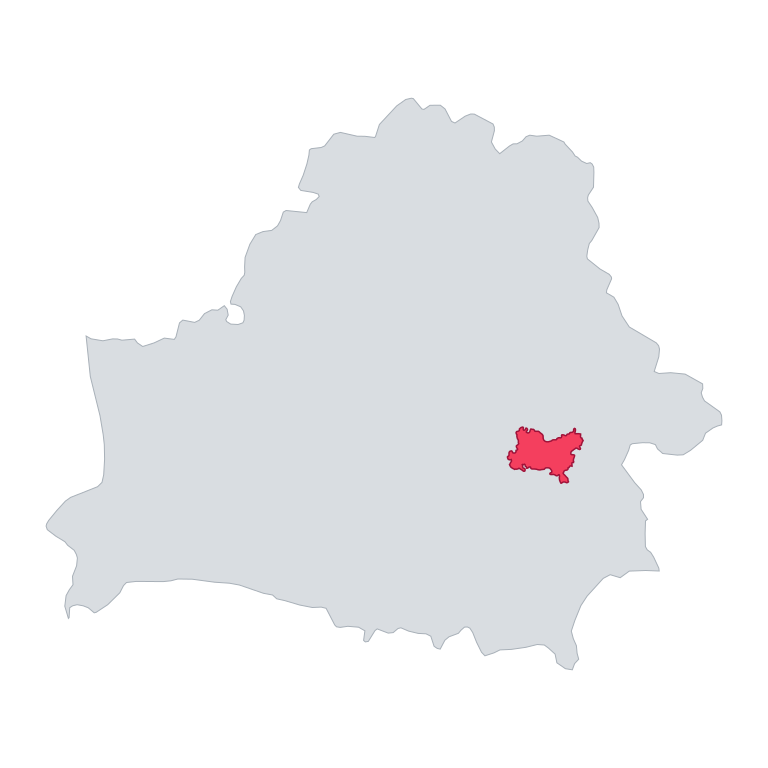 Rahachow, Gomel, Belarus (highlighted)
{"feature_id": "67162791B93010244041694", "entity_name": "Rahachow", "entity_type": "district", "adm_level": 2, "iso_a3": "BLR", "parent_name": "Belarus", "parent_adm1": "Gomel", "projection": "albers", "projection_center": [30.185, 53.104], "detail": "fine", "context": "in_parent", "style": "filled", "palette": "rose", "viewbox_px": 768, "rotation_deg": 0, "n_neighbors": 0, "source": "geoboundaries", "source_scale": "gbopen_adm2", "svg_char_len": 8259}
<svg xmlns="http://www.w3.org/2000/svg" viewBox="0 0 768 768"><path d="M659.2,571.0L645.6,570.5L629.3,571.1L620.2,577.7L610.2,574.7L603.2,578.4L587.1,596.1L580.9,605.6L574.9,620.3L571.3,631.1L573.3,638.7L576.4,645.7L577.1,653.3L578.7,659.2L574.6,663.6L572.3,669.8L565.4,668.7L556.9,662.8L555.1,654.1L548.5,648.1L544.3,645.0L537.2,644.5L525.9,647.3L511.2,649.4L500.0,649.9L493.9,652.9L484.9,655.8L481.5,652.2L476.6,642.3L472.7,632.5L469.9,628.2L467.5,627.0L464.5,627.1L461.0,630.2L458.4,633.3L449.0,636.8L444.9,640.2L440.2,649.1L437.2,648.4L434.1,646.3L430.8,636.2L426.0,633.8L418.2,633.4L408.6,631.1L400.9,627.8L398.0,628.5L393.2,632.6L388.2,633.1L377.2,628.9L375.0,630.6L368.3,641.4L365.3,641.9L363.6,640.4L364.9,630.8L358.6,627.2L347.8,626.3L340.2,627.4L336.5,626.8L334.7,624.9L326.1,608.3L321.2,607.1L312.4,607.5L299.6,605.0L284.8,600.6L276.7,598.8L272.6,595.0L263.5,593.3L239.3,585.0L229.4,583.2L214.6,582.2L192.2,579.2L177.8,579.0L170.9,580.8L163.1,581.6L136.3,581.4L126.5,582.5L123.5,585.6L119.8,592.8L107.7,604.7L96.2,612.3L94.2,612.8L88.3,607.8L83.2,605.8L77.1,604.7L72.6,605.8L69.7,607.7L69.1,617.6L68.4,618.4L64.8,606.2L66.1,595.6L69.3,589.8L73.0,584.7L72.5,576.3L76.6,565.8L77.4,558.0L76.4,554.5L74.2,550.3L67.7,545.3L64.9,541.7L56.0,536.3L47.3,529.7L46.1,526.1L46.7,523.8L48.7,520.4L56.8,510.5L65.4,501.1L70.6,497.4L97.6,486.7L102.0,482.4L103.7,474.8L104.6,459.1L104.3,444.7L103.2,434.7L100.0,415.7L90.3,376.4L86.1,336.0L91.0,338.8L102.9,340.8L112.6,338.9L117.6,339.0L121.9,340.2L134.6,339.1L137.4,342.9L142.7,346.5L154.1,342.9L164.3,338.1L174.3,339.4L176.0,336.8L179.5,322.9L182.8,320.1L194.7,322.4L199.3,320.2L204.5,313.6L211.9,309.8L217.8,310.2L224.3,305.7L227.1,309.2L228.2,315.1L225.8,319.6L226.6,321.5L230.7,324.1L238.1,324.5L242.9,322.8L244.1,320.2L244.4,315.4L243.5,310.9L240.7,306.8L235.0,304.4L231.0,304.1L230.4,301.6L232.1,296.4L236.3,286.9L241.3,278.4L244.2,275.3L244.8,272.3L244.6,266.9L245.1,257.4L249.9,244.2L255.8,234.5L263.0,231.6L271.7,230.4L277.5,225.9L280.5,220.6L283.3,212.1L286.1,210.5L306.7,212.6L310.3,204.2L312.2,201.8L316.3,199.5L319.2,196.5L318.2,194.1L313.1,192.4L300.8,190.4L298.4,187.4L299.4,184.0L303.2,175.3L306.9,164.0L308.9,155.2L309.4,150.0L311.2,148.7L321.2,147.5L324.7,145.9L333.8,134.2L340.4,132.4L357.1,136.2L364.9,136.3L374.7,137.5L375.6,136.3L379.4,124.5L396.7,105.9L405.7,99.5L411.4,98.2L413.3,98.6L421.9,109.0L424.0,109.4L430.0,105.3L440.3,105.2L445.0,108.9L451.5,121.4L455.0,123.0L465.1,116.2L470.7,114.0L474.3,114.1L493.0,124.0L494.3,127.1L494.4,130.7L491.4,142.0L495.2,149.0L499.7,153.7L509.5,146.0L513.1,143.9L517.0,143.8L522.3,141.0L526.1,136.7L529.8,135.2L536.7,136.2L549.2,135.2L563.9,142.0L565.1,144.1L572.5,152.0L575.1,156.0L577.5,157.2L581.5,161.1L586.7,163.5L590.3,162.7L592.1,164.0L593.7,167.1L593.9,172.3L593.5,187.2L588.3,195.1L587.6,197.8L587.9,201.1L592.2,207.5L597.7,217.5L599.0,223.3L599.1,227.6L591.8,240.5L589.3,243.5L587.7,249.9L586.8,256.3L587.4,258.9L600.0,269.0L609.3,274.4L611.4,277.1L611.6,278.8L606.8,289.8L606.4,292.8L613.9,297.2L618.1,304.3L622.0,315.9L629.3,327.0L656.2,342.8L658.6,345.7L659.5,349.1L658.8,356.8L654.2,371.5L658.9,373.5L670.7,372.7L685.1,374.1L702.6,383.9L702.8,388.5L701.2,392.8L702.5,397.2L704.5,400.9L719.9,411.9L721.5,415.2L721.9,420.8L721.6,424.9L717.5,426.0L712.9,428.0L705.5,433.2L702.7,440.3L690.7,450.2L683.2,454.8L677.2,455.1L662.7,453.5L657.5,448.9L655.4,444.6L649.8,442.8L642.4,442.7L632.3,443.7L630.2,445.0L628.6,450.4L624.5,459.6L621.5,464.8L634.7,482.7L641.3,490.0L643.5,494.5L643.5,497.7L640.5,501.6L641.1,509.3L647.6,519.3L645.5,520.9L645.1,533.4L645.4,546.6L647.2,549.8L650.7,552.4L653.7,557.2L658.8,568.1L659.2,571.0Z" fill="#d9dde1" stroke="#a8b0b8" stroke-width="1"/><path d="M561.0,483.2L561.6,483.1L561.9,482.9L562.2,482.6L562.7,482.3L563.4,482.0L564.3,482.0L565.1,482.1L565.6,482.3L566.2,482.6L566.6,482.7L567.1,482.7L567.7,482.4L568.3,482.0L568.5,481.8L568.4,481.4L568.1,480.9L568.0,480.5L567.9,479.5L567.9,478.9L567.6,478.2L567.0,477.6L566.3,476.9L565.5,476.0L564.5,474.9L564.0,474.5L563.6,474.0L563.1,473.1L563.3,472.8L563.6,472.4L563.7,471.9L564.0,471.2L564.7,470.6L565.3,470.3L566.2,470.2L567.1,470.0L567.6,469.6L568.0,469.1L568.0,468.5L568.1,467.8L568.7,467.7L569.4,467.0L569.6,466.4L570.3,465.9L571.1,466.0L572.0,466.2L572.0,465.4L571.9,464.3L571.9,463.6L571.9,463.0L572.3,462.6L573.0,462.4L573.5,462.5L573.7,461.5L573.4,461.0L573.4,460.1L573.5,459.3L573.7,458.5L573.9,458.1L574.1,457.4L574.3,456.8L574.5,456.2L574.6,455.6L574.5,455.2L574.0,454.9L573.4,454.8L572.7,454.7L571.8,454.7L571.1,454.4L570.8,453.7L570.9,452.3L571.5,451.3L572.8,450.4L573.8,449.5L574.6,449.1L575.2,448.6L575.9,448.1L577.0,448.2L577.6,448.7L578.2,449.0L579.5,449.5L580.3,449.2L580.5,448.6L580.1,447.8L579.5,446.6L579.6,445.9L579.9,445.7L580.3,445.6L580.7,445.5L581.4,445.0L581.5,444.2L581.8,443.4L582.0,442.7L582.4,441.8L582.7,441.3L583.1,440.7L583.1,440.3L582.7,440.0L582.3,439.6L582.0,438.2L581.7,438.2L580.9,437.6L580.5,437.0L580.5,436.3L580.6,435.3L580.6,434.0L578.7,433.7L576.3,433.7L575.2,433.7L574.9,432.6L575.3,431.4L575.4,430.6L575.5,429.7L575.2,428.7L574.5,428.4L573.7,429.1L573.6,430.0L573.6,430.8L573.4,431.4L572.8,432.0L572.2,432.3L571.4,432.4L570.5,432.4L569.9,432.7L569.6,433.3L569.3,433.7L568.9,434.0L568.1,434.0L567.1,434.3L566.7,435.0L566.2,435.6L565.4,435.7L564.7,435.4L563.9,435.0L563.0,434.8L562.1,434.8L561.8,434.9L561.5,435.6L561.7,436.6L561.4,437.2L561.2,437.6L560.4,437.9L559.7,437.7L559.2,437.7L558.3,437.8L556.9,438.6L556.8,439.2L556.3,439.7L555.8,439.8L554.9,439.8L553.2,439.8L552.3,440.1L551.6,440.8L550.5,441.2L549.3,441.5L548.4,441.8L546.8,441.8L545.3,441.4L544.6,440.9L543.7,440.0L543.2,438.4L543.1,436.6L543.0,435.5L542.2,434.3L540.0,432.6L539.2,431.8L538.4,431.3L537.8,431.3L536.8,431.3L535.5,431.3L534.9,431.2L534.3,430.1L533.5,429.4L532.2,429.3L530.9,429.0L530.4,429.8L530.1,430.7L529.9,431.4L529.5,432.2L528.9,432.7L528.0,433.0L527.4,432.8L526.4,432.3L526.3,431.8L526.5,431.3L527.1,430.7L527.5,430.0L527.5,429.2L526.7,428.2L526.0,428.1L525.8,428.4L525.5,428.9L525.1,429.7L524.6,430.1L523.9,430.3L523.4,429.9L523.2,429.5L523.2,428.8L523.4,427.7L522.9,427.1L522.4,427.1L521.1,427.5L520.5,427.9L520.1,428.3L519.8,428.6L519.4,429.0L519.4,429.8L519.3,430.5L518.7,431.0L518.2,431.2L517.3,431.4L516.6,431.6L516.1,432.5L516.1,433.0L516.4,434.0L516.9,434.6L516.9,435.8L516.9,436.6L517.2,437.9L517.5,438.9L518.0,439.4L518.3,440.4L518.4,441.5L518.3,442.4L518.4,442.9L518.7,443.7L518.2,444.4L517.5,445.0L516.6,445.6L516.3,446.1L516.4,446.8L516.7,447.7L517.5,448.7L517.6,449.4L517.0,450.0L516.0,450.4L516.0,451.8L515.4,452.6L514.9,453.0L513.9,453.1L512.7,452.7L512.5,452.0L511.7,450.9L510.4,451.1L509.9,451.3L509.8,451.5L509.2,452.1L509.0,453.0L509.0,454.1L509.0,454.9L508.9,455.5L508.5,456.1L507.8,456.4L507.5,456.7L507.5,457.7L507.9,458.7L508.3,459.4L509.4,459.8L510.4,459.8L511.2,459.5L511.5,460.4L511.4,461.3L511.0,462.0L510.5,462.7L510.1,463.7L509.5,464.6L509.9,465.4L510.2,466.0L510.7,466.9L511.2,467.4L511.9,467.9L512.5,468.3L514.0,469.0L514.5,469.4L515.6,469.1L516.5,469.2L517.1,469.1L518.2,468.8L518.5,468.5L518.9,468.3L519.4,468.4L519.8,468.7L521.1,469.5L521.8,469.9L522.3,470.3L522.8,470.7L523.5,471.2L524.6,471.2L524.9,470.9L525.1,470.1L525.1,469.5L524.9,468.8L524.4,468.4L523.6,468.2L523.1,468.0L522.8,467.4L522.6,466.8L522.6,466.4L522.7,465.6L522.2,464.7L522.6,464.4L523.1,464.6L523.8,464.5L524.1,464.3L524.3,464.2L524.7,464.3L525.1,464.8L525.2,465.7L525.3,466.2L525.8,466.5L526.3,466.8L526.6,467.5L526.7,468.2L527.4,468.2L527.9,468.0L528.3,467.6L528.7,467.3L529.0,467.1L530.1,466.9L530.6,467.3L530.6,467.9L531.4,468.8L532.2,469.0L533.4,469.0L534.2,469.0L535.5,469.1L536.8,469.3L537.5,469.6L538.5,469.8L539.4,469.9L540.2,469.9L541.4,469.6L542.4,469.5L543.2,469.4L544.2,469.3L544.6,468.9L545.0,468.4L545.5,468.0L546.4,467.8L547.8,467.8L548.9,467.9L549.9,468.3L550.3,468.8L550.9,469.5L551.6,470.5L551.8,471.6L551.6,472.5L551.0,472.7L550.5,472.8L550.0,473.2L549.8,473.9L550.3,474.4L551.1,474.6L552.1,474.5L552.9,474.5L553.5,474.4L554.3,474.7L555.1,475.0L556.1,475.7L557.0,475.8L557.5,475.6L558.1,475.2L558.6,474.7L559.0,474.7L559.3,474.9L559.5,475.6L559.5,476.6L559.3,477.7L559.4,478.7L559.5,479.9L559.8,480.8L560.2,481.8L560.7,482.8L561.0,483.2L561.0,483.2Z" fill="#f43f5e" stroke="#9f1239" stroke-width="1.5"/></svg>